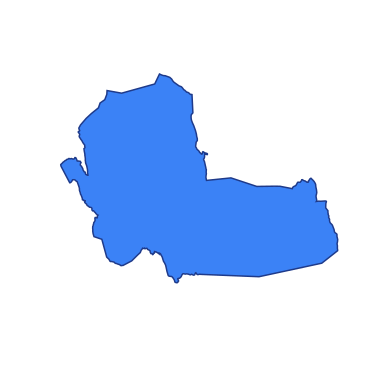 Manto, Olancho, Honduras (Equal Earth projection), rotated 326°
{"feature_id": "27666195B56288500543759", "entity_name": "Manto", "entity_type": "district", "adm_level": 2, "iso_a3": "HND", "parent_name": "Honduras", "parent_adm1": "Olancho", "projection": "equal_earth", "projection_center": [-86.423, 14.876], "detail": "fine", "context": "isolated", "style": "filled", "palette": "blue", "viewbox_px": 384, "rotation_deg": 326, "n_neighbors": 0, "source": "geoboundaries", "source_scale": "gbopen_adm2", "svg_char_len": 5935}
<svg xmlns="http://www.w3.org/2000/svg" viewBox="0 0 384 384"><g transform="rotate(326 192 192)"><path d="M279.9,322.1L280.5,321.2L281.0,320.0L282.5,317.9L283.3,316.0L284.8,314.6L286.2,312.9L286.9,311.1L287.2,310.2L288.5,308.1L288.5,307.5L287.9,305.9L287.8,304.8L288.8,302.5L289.8,298.1L289.8,297.2L289.4,295.2L289.4,294.4L289.6,293.7L290.0,292.6L290.8,291.5L291.1,289.4L291.4,289.0L292.0,288.5L292.4,286.5L292.9,285.9L293.3,284.8L294.2,283.6L294.2,283.1L294.1,281.9L294.0,280.2L294.2,279.6L296.3,276.7L297.1,275.8L297.8,275.4L298.1,275.0L298.1,274.7L297.9,274.3L297.2,273.8L294.3,272.1L293.3,271.5L291.9,270.4L289.9,269.4L290.2,269.3L291.0,268.1L292.1,265.5L292.4,265.0L293.1,264.1L294.2,263.2L295.2,262.1L296.5,259.6L297.5,257.1L298.8,254.7L299.0,253.4L299.1,251.6L298.9,249.9L298.3,247.1L296.9,247.1L295.3,247.9L294.4,248.1L294.3,248.3L294.2,248.7L294.0,248.8L293.7,248.8L293.3,248.6L292.6,247.9L292.2,246.5L291.0,245.0L290.4,243.5L289.8,243.2L288.9,243.9L287.0,244.4L285.6,243.3L285.2,243.1L284.9,243.1L283.0,244.1L281.9,244.6L281.3,244.7L279.9,244.4L278.4,244.4L278.0,244.6L277.0,245.3L268.2,236.5L263.6,233.3L248.8,223.6L232.2,202.1L210.5,190.5L211.1,189.1L211.7,187.7L212.8,186.3L214.2,184.8L214.8,183.5L216.4,181.5L216.6,180.5L217.1,179.5L219.4,173.6L219.6,172.1L220.0,171.2L220.9,170.9L221.8,170.2L222.2,169.7L223.0,168.5L223.4,168.2L223.9,167.3L224.2,167.5L224.6,168.5L225.1,169.1L225.6,169.5L226.0,169.2L226.1,168.9L225.9,168.3L225.3,167.6L224.7,166.9L224.1,165.7L223.9,165.1L223.6,164.7L223.4,164.7L223.1,164.8L222.1,165.8L221.7,166.1L221.3,166.1L221.0,165.7L220.9,165.1L220.7,164.0L220.4,163.4L220.6,162.8L220.6,161.5L220.0,159.4L220.3,158.0L220.3,156.7L220.9,155.7L222.4,154.1L223.2,153.1L224.0,152.7L225.1,152.4L226.2,150.8L227.0,148.5L228.0,146.5L229.3,142.8L230.6,137.7L231.0,135.2L231.7,132.2L232.4,130.6L233.1,129.4L233.8,128.4L234.6,127.6L235.3,127.3L236.5,127.1L237.1,126.7L246.5,111.2L246.3,110.9L245.6,110.6L245.3,110.1L245.1,109.7L244.7,107.8L244.0,106.7L243.6,106.5L243.4,106.1L242.9,103.6L242.6,103.1L242.4,102.4L242.3,100.3L242.1,99.0L241.7,98.2L241.0,97.4L240.5,96.5L238.4,90.8L238.2,89.1L238.3,87.0L237.7,84.6L237.3,84.0L234.8,80.6L233.4,79.5L233.0,79.0L231.9,77.5L231.0,76.0L221.5,81.6L188.9,70.7L178.3,60.4L176.0,63.4L171.3,66.7L165.6,66.8L161.5,69.9L152.3,70.7L145.4,71.8L137.0,74.1L135.5,74.9L134.1,75.6L133.8,76.0L133.5,76.6L133.3,78.1L133.2,78.3L132.8,78.5L131.6,78.4L131.3,78.6L131.1,79.1L131.3,80.7L131.2,81.1L130.9,81.7L129.7,82.6L129.4,83.2L129.3,86.2L129.4,87.9L129.2,89.4L129.2,90.3L129.1,91.0L129.3,92.8L129.2,93.2L128.6,94.1L128.4,94.8L128.1,95.3L127.7,95.5L126.7,95.6L126.1,96.7L125.2,98.6L125.0,99.2L124.7,99.8L124.3,100.8L123.8,101.5L123.0,103.2L122.1,104.9L121.2,106.1L120.5,107.7L120.1,108.2L119.3,111.5L118.0,114.7L116.9,116.7L116.0,117.8L115.8,118.7L115.4,119.2L115.3,119.6L115.1,119.9L114.8,119.7L113.9,118.2L113.8,117.9L113.8,117.6L114.2,116.5L114.5,115.7L114.3,115.4L113.9,115.0L113.9,114.8L114.0,114.0L114.0,112.8L114.6,111.3L114.6,110.1L114.8,109.0L114.4,107.4L114.7,106.8L115.3,106.2L115.9,105.8L116.3,105.7L116.5,105.5L116.5,105.3L116.4,103.8L115.6,103.4L115.1,102.7L114.5,102.4L114.2,102.1L114.3,101.5L114.6,100.4L114.8,98.6L114.7,98.4L114.1,98.0L113.6,98.5L113.4,98.6L113.0,98.6L111.9,98.3L110.6,96.7L109.8,96.5L109.2,96.1L108.8,95.4L107.5,95.4L106.5,95.0L105.6,95.2L104.3,95.0L103.1,95.2L101.6,95.2L100.8,95.5L98.7,95.8L98.4,96.0L98.1,96.7L97.8,97.6L95.8,116.0L96.1,116.2L96.7,116.2L97.4,116.2L98.3,115.9L99.8,115.1L100.0,115.2L101.2,115.9L101.5,116.3L101.9,117.0L102.1,118.4L102.6,119.1L102.2,120.7L101.1,124.9L100.4,126.6L99.8,127.3L99.4,128.4L99.0,130.0L98.4,131.4L98.3,132.7L97.6,135.7L96.9,137.0L97.2,137.3L97.2,138.0L97.7,138.2L97.7,139.1L98.0,139.2L98.5,139.6L98.1,140.1L97.4,140.4L97.3,140.6L97.3,141.2L97.6,142.5L97.8,143.1L97.6,143.9L97.6,144.7L97.7,145.0L97.9,145.3L98.1,145.7L98.5,147.2L99.5,148.2L99.7,148.4L99.9,148.8L99.9,149.3L99.8,149.7L99.0,150.9L99.0,152.0L99.5,152.2L99.9,152.5L100.0,154.0L100.3,155.0L100.3,156.4L100.8,158.1L101.1,158.6L100.4,158.7L100.0,159.3L99.6,159.5L99.3,160.2L99.1,160.4L98.6,160.2L97.7,159.1L97.4,159.0L96.4,160.0L96.3,160.5L95.9,161.2L94.9,161.9L93.4,162.5L92.9,163.0L92.4,163.6L92.0,163.8L91.1,164.7L90.4,165.1L89.3,166.6L88.8,167.6L87.7,169.2L86.7,171.3L85.8,174.2L90.8,180.8L84.9,198.2L85.2,199.9L85.4,200.5L85.5,201.3L85.5,201.8L85.3,203.4L85.5,204.0L86.4,204.6L88.1,206.4L88.2,206.8L88.4,207.8L88.6,208.3L89.5,209.2L90.4,210.6L91.3,211.6L91.5,211.9L91.5,212.3L91.7,213.0L92.3,213.6L93.2,213.9L93.7,214.3L103.5,215.4L111.9,213.8L115.2,213.3L115.7,213.0L117.2,211.9L118.6,211.5L118.9,211.3L119.4,211.2L119.6,211.0L120.4,211.9L121.3,212.0L121.3,212.7L121.3,212.8L122.4,213.1L123.1,213.4L123.2,213.8L123.1,214.8L123.9,216.1L124.3,217.1L124.2,217.5L123.7,218.6L123.5,220.0L124.5,221.1L124.5,221.3L124.4,221.7L124.4,221.9L124.8,222.0L125.9,221.4L126.6,221.6L126.8,221.4L126.9,221.0L127.5,220.8L127.5,220.7L127.7,220.4L127.8,220.5L127.8,220.8L127.9,221.1L128.0,221.2L128.3,221.1L128.8,221.7L129.7,223.7L130.0,224.6L130.2,223.9L130.3,223.9L130.9,224.6L131.3,225.6L131.1,227.0L131.0,228.7L130.9,229.4L130.0,232.2L129.8,233.2L129.6,233.5L129.6,235.3L129.2,237.9L128.5,239.8L126.9,243.7L125.6,247.8L125.6,248.3L126.0,249.0L126.7,249.7L127.8,250.6L128.0,251.0L128.2,252.4L128.2,254.6L128.1,255.2L127.6,256.7L127.5,257.3L127.6,257.6L127.9,257.9L128.4,258.5L128.9,258.9L129.7,258.9L130.1,258.7L130.5,258.4L131.1,258.3L131.2,258.1L131.4,257.2L131.5,256.1L131.7,255.9L132.1,255.9L133.2,256.4L134.0,256.5L134.6,256.4L135.7,256.1L137.5,255.0L138.7,254.7L139.5,255.2L140.5,256.3L141.7,256.8L142.9,257.9L143.3,258.4L143.9,259.3L144.2,259.6L144.5,259.8L145.2,259.9L145.8,260.1L146.3,261.0L146.6,261.6L146.8,261.8L147.4,262.1L148.0,262.1L149.2,261.2L149.7,261.1L150.0,261.1L150.0,261.3L150.1,262.8L150.3,263.4L150.7,263.8L152.5,264.5L153.1,265.1L200.2,299.7L259.8,323.6L279.9,322.1Z" fill="#3b82f6" stroke="#1e3a8a" stroke-width="1.5"/></g></svg>